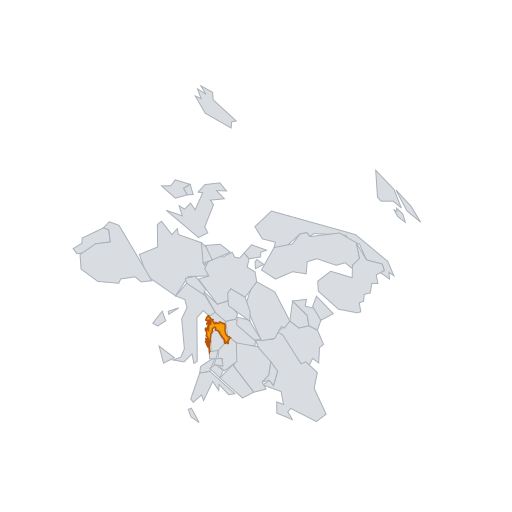 Croatia highlighted on a map of Europe, rotated 51°
{"feature_id": "HRV", "entity_name": "Croatia", "entity_type": "country or territory", "adm_level": 0, "iso_a3": "HRV", "parent_name": "Europe", "parent_adm1": "", "projection": "robinson", "projection_center": [16.337, 44.484], "detail": "fine", "context": "in_parent", "style": "filled", "palette": "amber", "viewbox_px": 512, "rotation_deg": 51, "n_neighbors": 37, "source": "natural_earth", "source_scale": "50m", "svg_char_len": 11804}
<svg xmlns="http://www.w3.org/2000/svg" viewBox="0 0 512 512"><g transform="rotate(51 256 256)"><path d="M264.7,109.0L291.3,106.9L310.1,112.8L299.8,114.9L292.0,124.4L286.8,124.6L264.7,109.0ZM358.0,166.8L346.5,169.9L348.1,165.5L341.8,163.0L328.5,172.6L311.7,168.0L305.5,174.1L296.5,173.1L274.9,197.0L274.8,201.9L269.9,201.8L266.5,208.0L267.7,227.9L260.8,236.5L257.4,232.3L246.7,240.3L232.5,238.4L230.8,215.7L302.0,165.2L343.1,157.0L358.2,161.3L352.4,162.9L358.0,166.8ZM333.3,106.8L315.9,110.3L292.8,105.7L315.0,104.2L333.3,106.8ZM323.8,118.8L314.6,121.0L307.1,119.7L309.9,118.3L307.3,116.6L315.8,115.5L323.8,118.8Z" fill="#d9dde1" stroke="#a8b0b8" stroke-width="1"/><path d="M211.3,290.1L241.8,305.2L229.3,321.7L236.4,343.6L202.8,353.4L181.4,345.6L187.1,326.8L169.5,312.9L169.5,307.6L186.4,307.9L185.3,299.8L190.4,302.9L211.3,290.1ZM243.7,359.0L247.7,348.6L246.4,360.5L243.7,359.0Z" fill="#d9dde1" stroke="#a8b0b8" stroke-width="1"/><path d="M260.8,236.5L269.6,220.1L266.5,208.0L269.9,201.8L274.8,201.9L290.7,176.6L309.0,169.7L323.1,177.1L325.6,189.3L317.3,191.0L313.7,199.5L296.3,210.5L292.7,219.8L301.4,228.2L291.2,237.5L286.2,255.4L270.3,260.5L260.8,236.5Z" fill="#d9dde1" stroke="#a8b0b8" stroke-width="1"/><path d="M352.3,254.9L367.2,259.2L367.1,264.3L378.6,274.6L371.2,276.5L374.5,283.4L368.1,288.9L328.7,287.1L327.8,270.6L338.9,268.0L343.5,258.7L352.3,254.9Z" fill="#d9dde1" stroke="#a8b0b8" stroke-width="1"/><path d="M397.1,329.4L406.0,330.7L391.3,338.7L382.4,331.7L388.7,328.0L377.1,321.8L360.5,331.9L361.0,323.8L367.7,323.9L359.1,311.7L337.5,314.4L321.4,309.5L331.3,295.2L328.7,287.1L334.4,284.9L368.1,288.9L369.7,283.8L385.2,281.7L395.5,294.1L423.0,301.0L422.6,313.3L396.3,324.9L397.1,329.4Z" fill="#d9dde1" stroke="#a8b0b8" stroke-width="1"/><path d="M327.8,270.6L329.9,279.2L326.7,280.7L331.8,293.2L325.2,305.2L287.7,295.2L276.2,277.2L276.5,271.7L295.6,264.0L327.8,270.6Z" fill="#d9dde1" stroke="#a8b0b8" stroke-width="1"/><path d="M292.3,311.7L286.8,322.0L278.8,323.8L249.2,319.0L269.1,316.4L273.1,306.2L289.6,306.9L292.3,311.7Z" fill="#d9dde1" stroke="#a8b0b8" stroke-width="1"/><path d="M321.4,309.5L325.1,313.4L315.7,324.6L300.9,328.6L287.9,320.8L292.3,311.7L321.4,309.5Z" fill="#d9dde1" stroke="#a8b0b8" stroke-width="1"/><path d="M347.4,311.0L359.1,311.7L367.7,323.9L361.0,323.8L357.8,330.6L356.6,321.1L347.4,311.0Z" fill="#d9dde1" stroke="#a8b0b8" stroke-width="1"/><path d="M357.8,330.6L365.8,332.0L360.4,343.5L327.4,342.7L311.1,326.0L327.5,311.8L347.4,311.0L356.6,321.1L357.8,330.6Z" fill="#d9dde1" stroke="#a8b0b8" stroke-width="1"/><path d="M343.5,258.7L338.9,268.0L327.8,270.6L314.0,255.9L334.4,253.6L343.5,258.7Z" fill="#d9dde1" stroke="#a8b0b8" stroke-width="1"/><path d="M346.8,246.0L352.3,254.9L343.5,258.7L334.4,253.6L314.0,255.9L321.4,244.1L325.9,249.2L335.3,242.6L346.8,246.0Z" fill="#d9dde1" stroke="#a8b0b8" stroke-width="1"/><path d="M349.4,232.3L346.8,246.0L330.9,243.8L325.3,234.3L349.4,232.3Z" fill="#d9dde1" stroke="#a8b0b8" stroke-width="1"/><path d="M276.5,271.7L281.3,290.4L265.6,296.3L273.1,306.2L269.1,316.4L237.8,315.3L241.8,305.2L233.7,303.9L230.6,297.3L231.0,285.1L236.0,282.5L238.0,272.2L243.5,273.3L247.4,269.9L246.2,263.2L253.8,263.1L259.1,269.9L267.8,266.7L276.5,271.7Z" fill="#d9dde1" stroke="#a8b0b8" stroke-width="1"/><path d="M325.6,339.7L327.4,342.7L360.4,343.5L357.8,355.9L328.0,360.8L325.6,339.7Z" fill="#d9dde1" stroke="#a8b0b8" stroke-width="1"/><path d="M349.6,405.0L340.1,407.8L332.6,405.1L333.6,402.0L349.6,405.0ZM316.6,364.4L349.7,359.1L346.6,364.5L332.7,365.5L337.0,369.6L326.3,368.6L335.3,387.7L329.7,385.8L330.2,396.8L326.1,396.8L311.5,373.3L316.6,364.4Z" fill="#d9dde1" stroke="#a8b0b8" stroke-width="1"/><path d="M316.6,364.4L311.5,373.3L307.0,368.7L308.7,350.9L316.6,364.4Z" fill="#d9dde1" stroke="#a8b0b8" stroke-width="1"/><path d="M250.0,316.0L254.1,323.4L236.1,328.5L229.0,325.0L233.6,315.8L250.0,316.0Z" fill="#d9dde1" stroke="#a8b0b8" stroke-width="1"/><path d="M229.1,297.5L231.1,302.0L228.3,301.6L229.1,297.5Z" fill="#d9dde1" stroke="#a8b0b8" stroke-width="1"/><path d="M231.5,292.5L228.3,301.6L211.3,290.1L225.2,287.8L231.5,292.5Z" fill="#d9dde1" stroke="#a8b0b8" stroke-width="1"/><path d="M236.8,273.6L231.5,292.5L215.9,288.7L224.5,276.4L236.8,273.6Z" fill="#d9dde1" stroke="#a8b0b8" stroke-width="1"/><path d="M138.1,356.8L143.0,353.9L153.4,360.4L145.5,373.2L147.3,384.6L141.5,393.7L135.2,393.5L136.5,383.2L132.7,379.8L138.1,356.8Z" fill="#d9dde1" stroke="#a8b0b8" stroke-width="1"/><path d="M144.1,391.8L145.5,373.2L153.4,360.4L143.0,353.9L138.1,356.8L137.0,348.5L145.9,343.2L209.7,352.5L203.8,361.6L196.1,363.1L188.7,375.6L190.8,379.8L176.2,394.9L156.1,400.2L144.1,391.8Z" fill="#d9dde1" stroke="#a8b0b8" stroke-width="1"/><path d="M165.2,270.9L160.3,282.3L142.1,285.3L147.8,278.0L146.0,270.8L158.9,262.1L157.8,269.6L165.2,270.9Z" fill="#d9dde1" stroke="#a8b0b8" stroke-width="1"/><path d="M254.7,320.5L274.0,323.3L274.7,329.9L265.3,331.4L266.7,340.7L300.8,367.9L300.4,371.9L291.8,367.3L293.0,378.6L284.7,385.8L287.3,378.1L283.1,370.1L258.2,353.4L252.6,342.0L245.1,338.7L236.4,343.6L233.6,327.0L254.7,320.5ZM265.0,388.0L283.7,383.5L281.1,395.3L265.0,388.0ZM239.9,363.6L249.6,366.9L248.5,376.5L243.3,378.5L239.9,363.6Z" fill="#d9dde1" stroke="#a8b0b8" stroke-width="1"/><path d="M253.8,263.1L246.2,263.2L244.5,252.4L258.1,244.2L256.1,250.0L259.6,253.0L253.8,263.1ZM267.3,255.3L265.5,264.4L260.0,260.5L259.3,257.6L267.3,255.3Z" fill="#d9dde1" stroke="#a8b0b8" stroke-width="1"/><path d="M165.2,270.9L157.8,269.6L158.9,262.1L168.7,266.1L165.2,270.9ZM181.8,274.2L173.3,257.6L169.9,260.8L168.4,250.7L176.4,238.1L186.9,238.0L180.3,245.5L191.6,244.6L183.9,256.3L189.4,256.7L201.1,277.5L207.6,278.9L205.4,289.1L164.0,297.0L178.3,288.1L168.5,284.1L174.6,282.0L173.7,273.6L181.8,274.2Z" fill="#d9dde1" stroke="#a8b0b8" stroke-width="1"/><path d="M138.6,186.4L136.4,190.5L140.9,194.8L113.1,205.6L93.4,202.5L99.1,199.6L89.3,196.3L98.9,193.2L89.0,191.8L101.4,186.7L107.7,191.0L138.6,186.4Z" fill="#d9dde1" stroke="#a8b0b8" stroke-width="1"/><path d="M274.0,323.3L287.9,320.8L290.0,323.3L282.8,330.8L273.4,330.5L274.0,323.3Z" fill="#d9dde1" stroke="#a8b0b8" stroke-width="1"/><path d="M348.1,165.5L346.3,174.4L354.1,178.6L350.2,183.3L356.6,190.5L353.9,196.0L358.9,200.9L357.3,205.2L365.3,209.7L363.8,213.1L349.3,225.4L322.6,229.7L314.4,223.9L314.8,207.6L333.4,194.9L323.8,186.8L323.1,177.1L309.0,169.7L328.5,172.6L341.8,163.0L348.1,165.5Z" fill="#d9dde1" stroke="#a8b0b8" stroke-width="1"/><path d="M324.0,304.7L320.2,310.2L297.4,314.3L291.7,309.2L301.2,301.8L324.0,304.7Z" fill="#d9dde1" stroke="#a8b0b8" stroke-width="1"/><path d="M281.3,290.4L295.5,295.6L302.9,301.8L277.3,308.6L267.0,301.4L265.6,296.3L281.3,290.4Z" fill="#d9dde1" stroke="#a8b0b8" stroke-width="1"/><path d="M301.8,351.2L289.3,341.1L286.4,332.4L306.3,335.1L307.0,344.5L301.8,351.2Z" fill="#d9dde1" stroke="#a8b0b8" stroke-width="1"/><path d="M324.4,353.6L328.0,360.8L314.1,362.6L314.9,355.6L324.4,353.6Z" fill="#d9dde1" stroke="#a8b0b8" stroke-width="1"/><path d="M303.1,327.6L311.1,326.0L325.9,337.2L325.4,352.6L319.7,354.2L315.0,346.7L311.8,350.0L305.6,344.8L303.1,327.6Z" fill="#d9dde1" stroke="#a8b0b8" stroke-width="1"/><path d="M310.7,351.7L306.6,356.8L301.1,352.4L305.6,344.8L310.7,351.7Z" fill="#d9dde1" stroke="#a8b0b8" stroke-width="1"/><path d="M313.9,357.0L310.7,351.7L314.0,347.1L320.8,351.0L313.9,357.0Z" fill="#d9dde1" stroke="#a8b0b8" stroke-width="1"/><path d="M272.6,330.4L272.8,330.7L274.4,331.0L274.7,330.9L274.9,330.6L275.0,330.4L275.6,330.7L276.0,330.6L276.7,330.6L277.2,330.6L277.5,330.5L278.0,329.8L278.2,329.5L278.4,329.4L278.5,329.4L278.6,329.7L278.8,330.0L279.3,330.4L279.7,330.7L280.0,330.7L280.3,330.6L280.6,330.5L281.5,330.9L282.3,330.9L282.8,330.7L282.6,330.2L282.5,329.9L282.6,329.7L283.0,329.5L282.9,329.4L282.5,328.9L283.5,328.4L284.5,328.1L284.7,327.9L284.8,327.6L284.8,327.0L284.8,326.6L284.4,326.1L284.3,325.9L284.4,325.7L284.6,325.5L285.0,325.4L285.4,325.2L285.8,325.1L286.3,324.9L286.7,324.7L287.1,324.2L287.3,324.2L288.0,324.2L288.1,323.4L288.4,323.2L288.6,323.1L289.2,323.1L289.7,323.3L290.0,323.4L291.0,323.9L291.7,324.5L292.1,325.1L292.7,325.6L293.3,325.9L293.9,326.4L294.3,326.9L294.8,327.3L295.6,327.3L296.0,327.5L296.2,327.9L296.6,328.2L297.2,328.4L298.1,328.6L299.8,328.6L300.0,328.6L300.4,328.7L300.8,328.6L301.4,328.4L301.6,328.3L302.1,327.6L302.5,327.6L303.1,327.6L303.5,327.4L303.5,327.6L303.5,327.9L303.2,328.1L303.5,328.6L303.8,329.4L303.6,329.8L303.8,330.1L304.4,330.3L304.5,330.4L304.3,330.5L304.2,330.8L304.2,331.2L304.7,331.7L305.7,332.1L306.1,332.2L306.2,332.3L306.4,332.4L306.5,332.6L306.4,332.9L305.9,332.9L305.3,332.9L304.9,332.7L304.9,332.8L304.9,333.0L304.5,333.1L304.8,334.3L304.7,334.6L304.4,334.7L304.2,334.7L304.1,334.8L304.2,335.0L303.8,335.1L303.2,334.9L302.9,334.7L302.9,334.3L302.7,333.9L302.2,333.5L301.2,333.5L300.8,333.4L300.4,333.2L300.0,333.1L299.6,333.1L299.1,333.2L298.3,333.1L298.0,333.3L297.6,333.5L297.2,333.5L296.5,333.0L296.3,332.9L295.7,333.2L295.4,333.2L295.2,333.1L294.4,332.9L294.0,332.9L293.7,333.0L293.2,332.9L292.0,332.1L291.3,332.7L289.8,332.5L289.3,332.9L288.8,333.7L288.4,334.0L288.0,333.9L287.6,333.6L286.8,332.7L286.5,332.6L286.0,332.5L285.6,332.6L285.4,332.8L285.3,334.0L285.1,335.1L285.1,335.8L286.0,336.4L287.0,337.5L287.3,337.6L287.4,337.9L287.7,338.8L287.9,339.8L288.4,340.5L288.9,340.9L289.4,341.4L290.1,342.0L290.7,342.7L290.9,343.0L292.0,343.9L293.0,344.9L294.0,345.2L294.2,345.4L294.2,346.2L294.3,346.4L294.9,347.2L296.2,348.3L296.4,348.6L296.4,348.8L296.3,349.0L296.0,349.1L295.7,348.9L294.5,347.8L293.3,347.1L292.0,345.8L290.2,345.3L289.0,344.7L288.2,344.8L287.4,345.0L286.9,345.0L286.6,344.9L286.3,344.5L286.4,344.2L286.3,343.9L285.6,343.3L284.6,342.8L283.7,342.0L281.9,340.1L281.5,339.5L281.9,339.4L282.2,339.4L282.5,339.3L283.0,339.3L283.6,339.4L283.1,339.0L282.4,338.6L280.7,337.0L280.2,336.2L280.2,335.4L280.3,334.3L280.0,333.5L278.7,332.5L278.2,332.0L277.3,331.6L276.9,331.7L276.6,332.1L276.4,333.0L275.5,334.1L275.3,334.6L274.8,335.3L274.4,335.3L274.2,335.3L273.5,334.2L272.9,333.3L272.8,332.9L272.7,332.4L272.3,330.6L272.6,330.4ZM301.1,351.9L301.1,352.1L301.3,352.4L301.5,352.8L300.4,352.1L299.4,351.3L297.4,350.1L296.0,349.8L294.1,348.9L292.8,348.5L293.3,348.5L293.8,348.5L296.8,349.7L296.5,349.4L296.9,349.3L297.3,349.4L297.5,349.8L298.0,350.1L298.7,350.5L299.2,350.9L300.3,351.6L300.5,351.7L301.1,351.9ZM277.8,336.6L277.8,336.9L277.4,336.5L277.3,335.9L276.8,334.8L276.8,334.5L277.0,334.2L276.7,333.1L277.0,332.9L277.2,333.5L277.3,333.9L277.7,334.3L277.6,335.0L277.7,336.1L277.8,336.3L277.8,336.6ZM279.7,334.3L279.0,334.4L278.7,334.1L278.6,333.9L278.0,333.8L277.7,333.5L277.6,333.4L278.1,333.0L278.4,332.5L278.7,332.8L279.1,333.5L279.3,333.6L279.7,334.3ZM291.3,346.7L290.4,346.7L289.5,346.6L289.2,346.3L289.2,346.2L289.3,345.8L290.2,345.9L291.6,346.1L291.9,346.4L291.8,346.5L291.3,346.7ZM293.7,347.7L293.3,347.8L290.7,347.8L289.9,347.6L289.0,347.2L288.9,347.1L289.7,347.0L290.5,347.1L290.8,347.4L292.9,347.6L293.7,347.7ZM281.9,338.9L281.8,339.1L281.4,338.8L281.0,338.5L280.8,338.2L280.3,337.8L280.2,337.4L279.4,336.5L279.3,336.3L279.7,336.7L280.0,336.9L280.9,337.5L281.5,338.2L282.2,338.8L281.9,338.9ZM290.5,348.7L291.6,348.9L292.4,348.8L293.1,348.9L293.6,349.1L293.7,349.3L293.1,349.3L292.4,349.2L291.7,349.4L291.0,349.3L290.8,349.1L290.6,349.0L290.5,348.7ZM281.9,341.9L282.0,342.0L281.7,342.0L280.2,340.5L280.0,340.2L280.5,340.5L281.9,341.9ZM279.9,335.9L280.0,336.2L279.5,335.9L279.0,335.8L278.9,335.6L278.9,335.4L279.0,335.2L279.4,335.2L279.5,335.4L279.9,335.9ZM296.1,350.3L297.0,350.8L294.6,350.2L294.9,350.1L295.1,350.1L296.1,350.3ZM283.0,341.6L283.4,342.1L283.0,342.0L282.6,341.7L282.4,341.3L283.0,341.6ZM282.2,340.9L282.3,341.2L281.5,340.7L281.2,340.4L281.2,340.2L282.2,340.9Z" fill="#f59e0b" stroke="#b45309" stroke-width="1.5"/></g></svg>